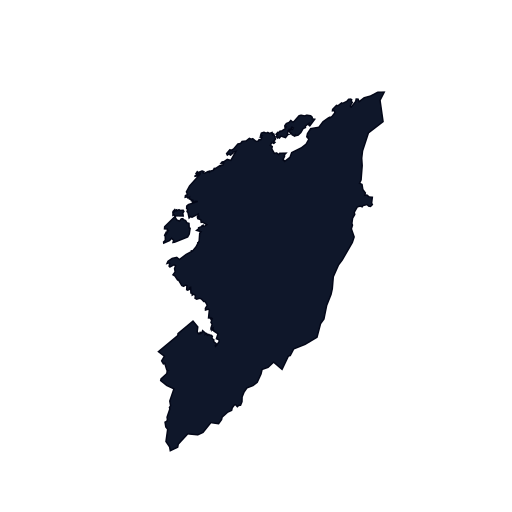 the district of Sandnes nor, Rogaland, Norway, rotated 306°
{"feature_id": "86288312B92458440996482", "entity_name": "Sandnes nor", "entity_type": "district", "adm_level": 2, "iso_a3": "NOR", "parent_name": "Norway", "parent_adm1": "Rogaland", "projection": "equal_earth", "projection_center": [5.858, 58.872], "detail": "fine", "context": "isolated", "style": "filled", "palette": "ink", "viewbox_px": 512, "rotation_deg": 306, "n_neighbors": 0, "source": "geoboundaries", "source_scale": "gbopen_adm2", "svg_char_len": 6139}
<svg xmlns="http://www.w3.org/2000/svg" viewBox="0 0 512 512"><g transform="rotate(306 256 256)"><path d="M463.9,263.4L460.0,258.2L452.7,254.6L447.6,250.5L441.4,248.7L442.9,246.4L441.9,244.8L439.6,245.8L432.5,245.5L432.3,244.7L433.2,243.9L436.9,243.6L437.1,242.1L438.7,241.5L438.6,240.4L437.2,238.8L434.5,238.6L430.4,236.4L430.2,235.3L425.7,234.0L425.2,232.6L419.7,231.8L418.4,232.5L419.6,233.8L418.5,235.6L413.6,235.5L410.8,234.5L411.4,234.0L410.3,233.4L404.0,231.3L397.1,231.2L391.2,225.4L385.3,225.7L382.3,227.0L382.0,228.0L382.8,228.0L381.5,230.1L376.0,230.8L370.4,229.2L360.6,224.1L355.9,225.5L348.8,223.5L349.6,223.4L349.8,223.1L349.7,221.8L350.6,221.8L349.7,221.7L350.0,221.1L353.3,220.6L354.6,219.5L356.8,219.8L353.0,214.8L351.4,214.8L351.5,212.1L349.8,210.6L351.9,205.8L354.1,204.8L354.0,202.5L357.2,202.1L357.5,204.2L359.1,204.5L358.9,203.0L362.2,203.0L365.2,198.5L363.8,198.1L365.4,196.4L363.1,194.9L362.9,192.9L361.3,192.0L360.8,189.7L358.6,188.1L356.4,188.8L356.8,190.1L354.7,189.5L355.1,191.1L352.7,191.5L352.0,190.1L350.1,190.2L348.7,188.6L349.0,184.4L347.6,183.3L347.3,181.5L343.2,180.4L340.5,177.4L338.0,177.4L336.0,175.5L329.3,175.0L326.9,173.7L326.6,172.4L321.6,172.0L320.8,173.5L322.7,174.1L322.8,175.8L322.1,176.4L323.4,176.0L325.4,177.0L326.3,176.3L328.9,178.3L318.5,179.4L317.3,176.0L313.4,174.6L312.2,173.3L310.6,173.2L312.1,175.3L310.0,175.7L309.2,174.5L307.9,174.5L308.0,173.7L301.9,171.4L302.7,171.2L302.3,170.7L300.2,171.1L297.8,169.2L296.6,169.2L297.0,168.4L296.2,168.4L296.3,167.6L292.6,165.7L292.3,164.2L293.6,164.2L293.1,162.4L289.6,160.2L289.7,158.9L287.6,159.0L288.5,161.2L290.6,162.7L288.3,161.8L286.7,160.1L284.2,159.5L287.6,162.5L273.6,161.1L267.0,162.0L265.5,164.5L263.4,163.4L261.9,164.2L263.2,165.3L262.9,166.9L264.6,167.6L263.0,168.6L263.5,170.1L262.8,171.1L263.6,171.1L264.0,172.3L261.8,173.3L264.8,175.0L265.9,176.9L257.9,171.1L255.7,170.6L253.6,172.0L253.7,173.3L251.4,174.1L251.2,175.4L247.5,179.5L249.6,179.9L249.7,181.4L256.0,184.6L254.8,185.3L254.7,186.3L254.0,186.7L253.9,185.5L253.2,185.5L252.0,187.0L252.9,190.0L251.0,191.9L252.0,193.0L252.5,197.7L249.6,196.8L248.9,195.6L249.8,195.2L248.8,194.5L248.0,194.9L245.1,193.0L244.4,193.6L241.8,192.9L243.4,197.3L241.3,197.1L234.7,201.2L232.5,201.5L233.0,200.5L232.3,201.5L228.3,202.1L222.9,201.8L222.2,200.7L221.6,201.2L216.3,198.6L208.1,196.1L208.3,192.7L204.8,189.6L200.0,187.9L197.7,188.4L199.4,189.7L199.3,190.5L196.7,191.7L196.5,192.8L200.7,194.8L200.9,196.7L197.9,197.5L195.7,199.9L192.0,199.9L192.2,202.1L190.5,206.7L191.1,207.3L188.5,213.3L188.9,215.2L191.1,216.2L191.5,217.5L188.0,219.7L188.2,220.8L189.8,221.7L191.4,220.9L192.3,221.5L187.8,225.1L188.3,226.2L186.9,227.4L189.1,228.3L188.5,228.3L188.5,230.2L186.0,231.5L186.2,233.4L188.5,235.1L189.2,236.9L188.5,240.5L189.3,241.6L187.5,245.6L184.0,245.8L182.6,246.9L185.1,248.8L184.7,250.1L178.0,254.0L179.3,255.9L178.6,256.1L178.1,256.8L179.5,256.0L179.7,257.4L178.3,257.9L178.1,257.1L177.9,258.0L175.8,258.6L175.0,260.7L171.0,262.0L170.7,262.6L172.2,262.0L171.4,263.0L172.2,263.0L170.6,263.0L171.2,263.5L170.7,263.8L171.5,263.6L172.0,263.7L170.6,264.2L171.6,264.5L170.8,265.6L170.0,265.5L170.5,265.7L170.7,271.0L165.8,272.6L166.5,275.3L165.2,276.5L161.1,276.6L160.5,277.3L160.9,276.6L159.1,276.4L159.5,275.7L161.6,275.8L161.9,272.0L163.9,270.9L163.1,271.0L163.7,268.5L165.4,267.9L165.5,266.0L164.6,265.3L164.8,264.2L163.7,263.8L164.2,263.1L163.4,262.9L164.2,261.6L163.0,261.0L163.8,260.8L164.2,256.7L162.2,257.4L161.1,256.9L161.9,256.6L161.0,255.1L161.6,256.5L161.0,256.9L159.8,255.5L160.6,255.2L159.4,255.5L159.3,254.8L160.2,252.9L164.4,250.6L166.3,243.3L147.4,238.5L145.7,239.5L121.3,233.3L121.1,240.8L115.7,241.3L114.3,244.5L115.6,245.2L111.4,250.8L111.6,252.1L110.8,251.7L108.4,253.0L100.8,251.4L99.2,252.1L98.8,259.9L100.3,267.7L88.0,271.5L84.6,275.0L82.6,275.0L81.7,276.2L73.3,278.8L71.7,280.4L69.9,281.0L68.1,280.1L64.7,283.5L63.9,286.4L53.0,292.2L50.8,298.3L48.1,301.1L55.3,305.0L58.1,303.7L72.0,305.3L77.1,314.0L82.1,316.8L94.7,317.4L98.3,324.3L103.4,324.3L105.7,323.3L112.9,324.8L116.8,327.0L119.2,326.0L123.1,326.1L123.7,326.9L123.1,329.5L124.9,329.8L126.2,331.2L129.9,330.3L133.8,327.6L138.9,326.3L144.0,326.2L149.4,329.7L154.5,331.2L163.5,329.4L167.8,327.6L173.0,331.2L180.5,332.6L179.6,343.7L194.1,341.0L195.6,342.2L203.0,341.1L213.3,347.6L226.1,353.1L239.2,348.0L244.9,348.0L257.6,342.2L269.0,339.3L274.3,337.0L284.7,330.7L297.3,328.0L303.4,328.1L323.5,326.0L329.1,324.2L334.0,317.2L337.7,315.9L338.7,314.4L343.4,311.9L347.6,311.5L349.1,309.8L355.3,309.1L357.6,311.0L358.2,313.0L359.7,312.9L362.9,315.6L362.6,317.9L363.4,319.5L366.0,319.9L366.8,318.4L371.9,315.6L370.3,313.0L370.5,309.9L369.0,308.3L371.3,307.4L372.6,303.3L376.2,299.7L375.7,297.0L379.3,296.3L391.5,288.8L397.3,284.0L403.7,280.4L421.7,274.6L439.4,279.8L454.9,264.8L463.9,263.4ZM245.7,163.0L243.3,162.7L242.7,163.0L243.6,163.8L242.1,163.5L240.1,164.9L241.3,165.7L240.5,167.3L226.0,164.9L224.2,166.0L225.7,168.4L224.6,169.4L225.1,170.2L221.4,170.5L222.3,169.4L219.0,169.9L218.5,171.1L215.4,173.4L213.0,173.0L212.2,173.8L217.7,177.0L220.7,177.3L220.3,180.2L218.2,180.9L219.4,182.1L231.2,189.5L234.5,189.1L239.7,186.4L239.5,185.4L243.0,182.6L242.2,180.6L243.3,178.2L242.6,175.5L243.2,174.9L242.1,173.7L239.3,173.7L238.6,170.8L239.5,168.4L241.1,167.1L245.6,173.6L247.7,171.5L249.6,171.5L250.2,170.2L248.3,167.9L248.2,166.5L246.0,165.3L246.7,164.6L245.3,163.6L245.7,163.0ZM369.0,201.8L368.9,201.0L366.4,200.7L366.7,202.0L364.6,202.2L364.1,204.0L365.1,204.3L365.2,205.6L367.7,205.7L369.1,210.3L373.3,210.4L373.3,209.5L376.4,208.3L378.0,208.3L378.4,209.5L381.4,209.3L381.6,210.9L379.9,211.2L379.8,210.4L376.7,209.3L376.0,210.1L376.1,212.2L375.2,212.1L376.0,212.7L375.3,214.0L375.7,216.8L377.0,216.6L376.7,217.4L378.5,219.0L382.2,219.7L386.8,219.2L389.0,220.5L390.2,219.5L394.5,220.9L392.9,222.0L392.9,223.0L401.1,223.1L399.9,220.8L401.3,219.9L401.6,217.8L399.8,214.3L397.9,213.0L396.4,209.7L394.8,208.4L387.2,207.7L385.9,207.1L386.1,204.5L383.6,204.3L381.0,202.7L378.4,202.7L377.3,203.6L377.9,204.4L375.8,204.7L371.3,202.9L371.3,202.1L369.0,201.8Z" fill="#0f172a" stroke="#020617" stroke-width="1.5"/></g></svg>